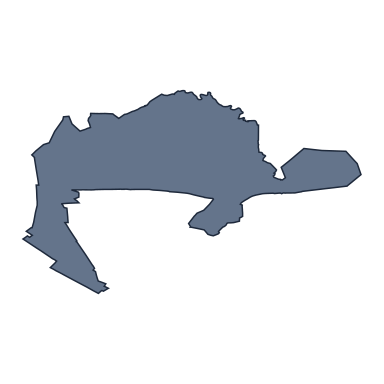 outline of Stopiņu pag., Stopinu, Latvia
{"feature_id": "27541924B13594344549497", "entity_name": "Stopiņu pag.", "entity_type": "district", "adm_level": 2, "iso_a3": "LVA", "parent_name": "Latvia", "parent_adm1": "Stopinu", "projection": "robinson", "projection_center": [24.317, 56.919], "detail": "fine", "context": "isolated", "style": "filled", "palette": "slate", "viewbox_px": 384, "rotation_deg": 0, "n_neighbors": 0, "source": "geoboundaries", "source_scale": "gbopen_adm2", "svg_char_len": 5741}
<svg xmlns="http://www.w3.org/2000/svg" viewBox="0 0 384 384"><path d="M178.2,91.0L177.8,91.1L174.4,93.6L174.4,94.3L172.4,94.0L167.3,95.5L164.1,95.2L161.7,94.2L152.0,100.2L149.9,101.7L147.2,105.1L145.0,105.7L145.3,106.1L144.4,106.4L142.8,106.9L142.0,107.1L140.8,107.6L139.7,108.2L138.2,109.2L137.5,109.6L136.9,109.8L135.1,110.6L134.4,110.9L132.5,111.4L131.8,111.7L127.5,113.7L126.7,114.0L125.9,114.2L124.5,114.4L120.9,116.9L120.0,117.6L118.7,118.4L116.7,116.9L116.8,116.9L115.7,116.1L115.2,115.8L114.0,114.9L112.8,113.9L105.1,113.5L99.0,113.6L94.0,113.5L90.7,113.4L90.5,114.1L90.8,115.2L90.5,115.9L89.6,117.3L89.1,117.8L88.6,118.3L88.1,120.7L88.9,122.4L89.6,124.2L90.5,127.5L87.4,128.4L85.5,129.3L80.0,131.1L72.0,123.9L68.9,116.3L63.5,116.8L62.8,119.9L54.7,131.4L49.2,142.8L43.5,144.6L36.0,150.8L33.3,153.5L33.2,153.6L31.8,154.9L34.5,157.5L34.4,157.8L36.2,169.2L38.0,180.1L38.7,185.1L36.2,185.1L36.6,190.2L36.9,197.9L37.1,200.7L37.2,201.3L37.2,204.9L37.2,205.3L35.5,212.3L33.7,222.2L32.1,227.7L31.2,227.7L26.3,231.3L32.3,235.3L29.6,237.3L27.4,235.9L25.4,237.4L23.0,239.0L36.4,247.9L40.3,250.4L44.9,253.5L52.7,258.8L54.4,259.6L56.6,261.1L55.8,262.0L55.2,262.8L50.3,267.6L53.6,269.3L55.9,270.7L58.7,272.1L74.2,280.4L82.7,284.9L86.9,287.1L93.1,290.6L98.4,293.4L101.1,291.0L101.9,290.5L103.4,291.2L108.4,288.3L105.4,286.8L104.2,286.3L105.8,283.8L102.1,282.4L98.2,281.0L97.2,278.0L96.6,276.0L95.5,271.6L93.1,270.1L94.5,268.4L93.9,267.3L93.2,266.1L92.1,264.7L85.6,254.7L76.7,241.7L76.4,241.6L76.9,241.0L73.3,235.6L69.6,230.0L67.9,227.2L66.5,224.9L64.9,222.6L68.1,222.5L68.0,222.0L68.0,221.5L68.0,221.1L67.8,218.8L67.7,216.9L66.9,208.2L64.2,207.6L64.0,207.4L62.3,204.3L61.9,204.2L61.9,203.7L69.0,203.2L78.9,202.8L76.7,200.6L75.2,199.7L74.4,198.9L78.8,197.1L78.8,196.8L78.9,194.5L78.8,194.3L78.9,193.8L78.9,193.3L78.5,192.2L71.4,189.9L81.5,189.9L81.8,189.8L83.1,189.8L91.5,189.9L93.9,189.8L95.7,189.6L104.4,189.4L110.8,189.4L121.1,189.2L121.3,189.3L124.1,189.3L124.1,189.2L125.9,189.2L126.7,189.2L130.5,189.6L131.4,189.5L135.8,189.4L144.7,189.4L146.9,189.4L149.3,189.4L153.0,190.0L159.6,190.4L165.1,190.9L167.3,191.1L169.0,191.4L169.5,191.7L177.0,192.2L186.9,193.2L189.6,193.7L193.6,194.8L200.4,196.4L203.8,197.1L204.2,197.4L207.6,197.9L208.9,198.1L212.8,198.5L213.1,198.8L213.4,199.3L212.3,200.7L209.6,204.2L203.7,210.3L197.0,213.2L194.9,215.6L194.4,216.0L188.6,223.5L190.5,226.6L190.2,227.2L191.1,227.2L197.1,228.4L201.9,229.4L204.2,229.9L207.9,234.3L210.9,235.3L213.3,235.8L215.7,234.9L218.1,233.9L218.5,233.7L219.3,232.7L218.5,231.6L219.4,230.5L220.0,229.9L221.5,228.4L222.4,227.5L222.7,227.2L224.1,226.6L224.3,226.4L225.3,225.8L226.2,224.9L226.9,223.4L228.0,222.9L231.4,222.8L233.7,222.6L239.4,221.2L239.6,217.9L240.7,217.5L242.6,216.4L242.6,213.1L242.5,211.7L242.4,210.5L242.4,209.7L242.1,205.8L242.3,205.3L242.3,205.1L240.3,204.3L241.0,203.1L242.3,202.0L245.6,199.9L247.1,199.1L249.6,197.5L250.5,197.0L251.3,196.6L252.4,196.1L255.8,195.1L262.6,193.7L265.2,193.5L267.5,193.4L273.1,193.2L274.3,193.5L275.0,193.5L279.1,193.1L280.5,193.1L281.7,193.7L282.0,193.5L283.2,193.0L283.8,192.9L285.1,193.1L286.4,193.0L289.6,193.0L293.6,192.9L295.0,192.9L298.2,192.3L301.8,191.7L302.1,191.4L324.9,188.7L333.6,187.7L347.1,186.1L347.7,185.5L361.0,174.6L357.2,163.6L354.1,160.3L348.8,154.5L345.9,151.3L321.9,150.5L312.7,149.5L303.9,148.5L295.5,155.6L292.7,158.0L288.6,161.4L281.2,167.3L285.4,177.7L284.7,178.2L282.5,179.9L281.3,179.8L280.6,179.9L280.5,179.4L278.5,179.2L273.9,177.3L273.3,176.0L274.7,174.9L275.0,173.6L274.0,173.1L275.7,171.6L275.9,171.2L276.0,171.0L276.5,170.0L275.5,168.8L270.3,163.5L267.7,162.8L266.6,162.3L266.0,161.8L262.9,160.5L263.2,159.1L263.4,158.6L263.5,158.3L263.8,158.0L265.2,156.3L265.5,156.0L265.4,155.8L264.6,155.2L263.9,155.1L263.3,154.8L262.7,154.4L262.7,154.2L262.7,153.7L261.9,152.7L261.6,152.6L261.2,152.4L260.5,152.4L259.5,152.2L259.0,152.2L258.8,151.0L258.7,149.2L258.3,147.3L258.4,144.4L258.5,144.4L258.1,143.4L258.2,142.9L258.0,140.8L258.3,140.4L258.4,140.2L258.5,125.1L257.4,125.0L257.3,124.6L257.1,124.1L256.0,121.5L255.0,120.7L254.2,120.6L253.6,120.6L251.6,120.7L248.4,120.8L248.7,121.2L248.6,121.4L248.4,121.5L248.0,121.7L247.6,121.6L246.2,121.4L245.9,121.2L245.7,121.2L245.7,120.8L245.6,120.3L244.7,120.2L244.2,120.5L243.5,120.3L243.2,119.9L243.1,119.7L244.4,118.4L244.4,118.0L244.1,117.8L243.7,117.7L243.1,117.8L242.7,118.1L242.1,118.3L241.6,118.4L240.9,118.5L240.0,118.6L239.4,118.8L239.1,118.8L238.4,118.6L238.4,118.3L238.8,117.8L239.0,117.0L239.4,116.1L239.6,115.4L239.7,114.7L240.3,114.2L241.0,113.8L242.2,113.4L243.0,112.9L242.9,112.2L241.8,111.5L241.3,111.0L240.8,109.9L240.5,109.4L239.9,108.6L239.1,108.2L238.8,108.1L238.1,108.1L237.3,108.6L235.4,109.5L234.4,109.8L233.3,109.8L232.5,109.7L231.8,109.4L230.6,108.9L230.4,108.1L231.5,106.6L231.4,106.1L230.9,105.7L230.4,105.6L229.9,105.7L229.2,105.9L227.7,106.5L226.4,106.6L225.3,106.7L223.6,106.6L222.4,106.2L221.9,105.7L221.2,105.2L220.3,104.9L219.4,104.4L218.8,104.0L217.2,102.4L216.3,100.9L215.4,99.6L213.1,98.3L212.9,98.1L212.7,97.8L212.2,97.0L212.0,96.4L211.5,95.9L210.8,95.3L210.5,94.6L210.6,93.7L210.6,93.2L210.2,92.7L209.7,92.4L209.1,92.3L208.1,92.4L207.7,93.1L207.9,93.8L207.7,94.6L207.4,95.0L206.9,95.3L206.3,95.5L205.5,95.4L202.7,94.6L201.1,94.4L200.5,94.8L200.2,95.2L200.6,97.0L201.8,98.4L201.8,98.7L201.7,99.0L201.1,99.4L200.3,99.6L199.5,99.6L198.8,99.6L198.1,99.2L197.9,99.0L197.3,98.3L197.0,97.7L196.8,97.0L196.4,96.5L195.5,95.7L194.1,94.7L193.6,94.3L193.2,93.8L193.0,93.3L192.5,92.8L192.0,92.3L191.1,92.2L189.9,92.4L188.3,92.9L187.6,93.0L187.0,92.9L185.6,92.6L185.3,92.4L185.1,91.6L184.8,90.9L184.0,90.6L182.8,90.6L181.7,90.8L180.9,91.1L180.2,91.3L179.3,91.4L178.7,91.2L178.2,91.0Z" fill="#64748b" stroke="#1e293b" stroke-width="1.5"/></svg>